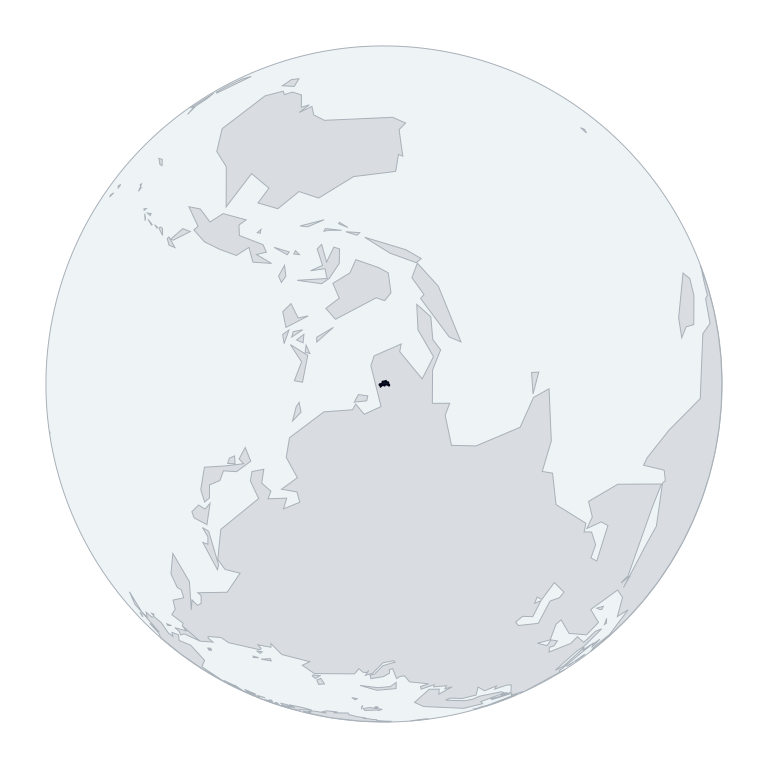 Saravan on an orthographic globe, rotated 194°
{"feature_id": "LAO-3281", "entity_name": "Saravan", "entity_type": "Province", "adm_level": 1, "iso_a3": "LAO", "parent_name": "Laos", "parent_adm1": "", "projection": "orthographic", "projection_center": [106.351, 15.91], "detail": "fine", "context": "on_globe", "style": "filled", "palette": "ink", "viewbox_px": 768, "rotation_deg": 194, "n_neighbors": 0, "source": "natural_earth", "source_scale": "10m", "svg_char_len": 11959}
<svg xmlns="http://www.w3.org/2000/svg" viewBox="0 0 768 768"><g transform="rotate(194 384 384)"><circle cx="384" cy="384" r="338" fill="#eef3f6" stroke="#a8b0b8"/><path d="M695.6,499.0L695.0,501.2L694.8,501.6L695.6,499.0ZM539.7,84.1L541.6,87.3L553.5,95.2L542.2,89.0L572.2,109.9L580.7,120.8L564.2,104.6L557.3,100.2L559.6,105.0L553.0,101.7L550.3,102.5L542.1,98.4L533.2,90.4L527.8,88.0L529.7,91.7L522.8,90.9L520.7,85.6L508.4,83.8L491.2,72.4L492.3,65.6L475.9,59.7L466.0,56.2L491.3,63.6L515.9,72.9L539.7,84.1ZM697.3,257.6L697.1,256.8L697.2,257.2L697.3,257.6ZM696.7,256.6L696.5,256.2L696.0,254.7L696.7,256.6ZM563.5,102.3L561.5,99.7L565.7,103.5L563.5,102.3ZM551.4,103.4L554.0,105.3L551.5,105.0L551.4,103.4ZM536.7,98.8L531.8,98.2L535.3,97.3L536.7,98.8ZM527.9,97.0L516.2,96.6L521.1,100.5L500.4,90.0L517.3,93.2L520.7,91.3L522.8,94.4L527.9,97.0ZM463.4,55.5L464.0,55.7L455.1,53.7L460.6,55.3L448.3,52.8L442.6,51.4L444.3,51.5L438.3,50.7L437.7,50.4L463.4,55.5ZM490.8,84.8L486.6,83.9L489.3,83.4L490.8,84.8ZM431.5,49.4L432.1,49.6L422.0,48.3L424.8,48.6L425.0,48.6L431.5,49.4ZM468.0,57.2L467.2,57.5L457.0,55.5L455.4,55.5L448.1,52.8L468.0,57.2ZM421.7,48.2L421.8,48.2L416.9,47.7L411.3,47.2L414.1,47.4L421.7,48.2ZM436.7,50.3L436.8,50.4L433.4,49.8L436.7,50.3ZM415.5,47.7L417.4,47.9L418.6,48.1L414.3,47.8L415.5,47.7ZM441.5,51.9L437.4,51.2L443.9,52.8L436.6,51.9L433.1,50.5L431.5,50.7L429.3,50.5L429.0,49.7L441.5,51.9ZM413.5,48.2L406.5,47.0L394.9,46.4L393.5,46.3L412.4,47.4L413.5,48.2ZM422.6,49.1L416.6,48.4L417.9,48.2L422.8,48.6L422.6,49.1ZM432.9,51.9L445.0,53.7L445.4,54.0L432.9,51.9ZM409.8,48.0L411.6,48.3L408.8,47.9L409.8,48.0ZM425.5,50.6L429.8,51.0L430.0,51.3L425.5,50.6ZM411.5,48.9L409.3,48.4L412.5,48.4L411.5,48.9ZM417.7,49.7L417.1,50.1L415.1,48.8L419.6,49.8L417.7,49.7ZM425.1,50.8L426.6,51.2L423.3,50.6L425.1,50.8ZM400.5,49.5L397.2,47.9L404.4,47.8L406.6,49.2L400.5,49.5ZM118.5,174.9L117.3,178.1L114.9,182.1L104.7,195.2L92.5,224.0L101.3,214.8L100.9,234.6L107.5,240.6L128.9,215.2L118.2,204.5L126.9,189.6L144.1,186.8L155.1,198.0L158.9,192.7L160.9,175.9L172.5,169.6L162.6,169.6L159.9,176.1L153.6,176.7L155.7,171.0L159.8,168.6L159.0,163.8L140.0,177.5L135.2,185.6L127.7,181.7L118.9,195.3L113.6,199.1L126.5,177.8L132.2,171.6L148.5,147.7L141.8,153.5L126.0,177.0L126.8,173.8L117.7,183.7L125.4,173.7L144.5,148.2L143.7,146.5L139.2,151.0L172.9,120.2L171.6,121.2L176.8,117.1L174.8,119.2L185.2,112.9L185.2,114.8L202.2,104.3L204.5,104.2L193.8,110.1L186.3,115.9L187.7,122.8L191.8,121.7L202.8,114.7L201.8,118.2L212.2,110.7L219.4,112.7L219.4,104.5L232.2,97.7L243.6,95.3L247.8,92.1L229.3,96.2L222.0,99.4L215.6,104.3L195.6,113.8L192.3,113.5L213.3,99.2L210.9,97.7L228.3,88.6L267.6,80.6L277.3,82.5L266.3,98.7L256.6,101.3L255.7,96.3L244.6,106.7L251.2,103.0L250.4,106.4L262.5,102.1L262.5,104.4L274.1,96.9L275.4,99.3L268.1,103.9L287.1,101.2L293.4,105.7L297.7,104.2L300.5,101.2L306.7,109.8L309.6,108.3L308.7,104.8L313.9,99.9L325.5,94.9L327.0,98.1L323.0,100.3L316.8,110.5L306.0,116.8L307.8,117.8L317.6,113.2L325.0,100.6L331.6,96.8L329.4,102.4L330.7,100.0L334.5,99.2L339.5,101.7L342.5,95.6L381.5,86.2L395.2,91.3L388.9,96.6L417.7,96.8L430.9,104.8L430.0,101.2L443.2,100.4L439.3,97.7L439.9,96.1L472.0,95.4L480.7,98.6L493.6,96.4L493.2,94.9L487.5,92.2L500.4,90.0L521.1,100.5L521.1,103.3L534.1,108.9L532.1,114.9L536.4,123.3L526.6,128.1L530.9,135.2L535.5,136.7L544.8,148.3L547.9,168.5L525.0,145.1L516.3,118.2L518.0,128.0L511.6,124.1L508.4,126.8L510.2,134.5L514.2,136.4L485.8,144.0L477.9,165.6L493.3,165.6L502.8,173.5L507.2,203.4L477.9,242.6L490.2,257.6L490.9,267.1L480.0,272.2L478.7,258.3L467.8,252.6L468.7,244.6L450.8,249.7L451.3,238.5L437.1,248.9L442.3,258.2L458.0,257.1L445.4,272.1L461.1,289.2L462.7,309.0L435.6,342.4L408.3,351.4L406.6,357.7L395.9,349.8L381.4,361.4L401.1,398.5L400.4,408.9L377.0,427.0L376.6,419.2L348.2,398.2L342.6,422.5L364.1,444.8L371.5,469.2L354.8,460.5L347.4,438.9L337.3,430.8L340.3,409.5L332.4,376.9L315.6,381.2L317.1,368.5L303.7,340.8L279.7,346.2L241.4,375.0L235.7,407.1L222.7,419.3L207.9,369.3L209.3,337.4L198.9,338.3L187.9,308.6L154.4,297.7L154.1,288.9L146.8,290.6L139.8,279.3L141.1,265.3L134.7,263.7L132.5,300.8L139.8,302.8L152.2,292.9L149.7,305.4L157.1,319.6L132.9,343.3L90.5,354.1L93.9,329.5L100.8,256.8L104.9,250.4L105.2,249.6L105.8,248.2L98.6,258.0L102.4,244.5L90.6,292.4L85.3,311.9L89.8,355.3L87.6,358.2L91.3,368.2L112.5,368.0L110.9,375.8L96.3,408.2L73.6,446.3L81.0,481.9L86.8,510.0L82.3,521.6L92.6,544.5L91.7,548.4L98.2,560.7L103.0,570.8L106.0,576.0L93.1,555.9L81.7,535.0L71.8,513.3L63.4,490.9L56.7,468.0L51.6,444.7L48.1,421.1L46.3,397.3L46.2,373.4L47.8,349.6L51.1,326.0L56.0,302.6L62.6,279.7L70.7,257.3L80.5,235.5L91.7,214.4L104.4,194.2L118.5,174.9ZM159.0,225.6L170.7,232.5L178.8,213.1L183.9,214.4L184.8,207.7L179.3,211.7L183.4,194.2L193.3,192.1L198.7,184.7L195.0,182.2L176.4,189.1L170.3,213.6L162.0,219.1L159.0,225.6ZM207.2,96.0L207.4,95.9L202.3,99.1L196.7,102.7L207.2,96.0ZM184.9,111.0L185.7,110.4L189.8,107.5L190.9,106.7L196.5,103.1L217.3,90.4L218.1,90.5L214.1,92.4L212.5,93.8L205.7,97.4L186.1,111.2L179.8,115.5L182.3,112.8L184.9,111.0ZM276.7,63.6L268.1,67.1L260.9,69.7L260.5,69.5L276.7,63.6ZM406.7,46.8L403.9,46.7L406.7,46.8ZM353.8,47.4L362.0,47.0L376.7,46.4L381.0,46.5L375.1,46.8L383.6,46.9L375.4,47.7L378.3,48.0L373.2,49.7L360.1,50.7L364.4,51.1L360.7,53.0L349.9,54.5L353.5,52.7L339.1,56.1L337.6,54.4L336.0,54.9L330.7,54.6L321.5,55.5L322.4,54.6L318.5,55.4L314.9,55.6L309.7,56.5L309.6,55.6L303.3,56.9L306.8,55.9L296.0,58.4L303.9,56.2L300.0,56.9L294.4,58.7L298.7,57.0L326.1,51.1L353.8,47.4ZM398.7,49.8L383.4,50.4L375.1,50.1L387.6,47.5L386.0,47.1L393.7,46.5L405.6,47.2L402.3,47.2L401.9,47.5L398.3,47.1L400.8,47.6L396.4,47.8L397.1,48.5L392.0,48.3L398.7,49.8ZM118.8,178.6L118.1,180.4L118.6,181.8L112.8,188.5L118.8,178.6ZM131.4,161.0L131.8,161.2L123.8,170.4L124.5,168.8L131.4,161.0ZM138.7,154.1L132.4,160.6L136.2,156.2L138.7,154.1ZM194.8,110.3L196.0,110.6L193.5,112.5L189.8,114.5L194.8,110.3ZM306.9,67.9L310.2,66.0L312.2,65.9L323.6,62.6L325.6,64.1L319.5,66.6L306.9,67.9ZM123.3,218.0L117.4,221.4L118.1,217.9L120.0,217.4L123.3,218.0ZM111.9,204.0L111.3,210.5L110.3,205.7L111.9,204.0ZM311.0,68.9L315.4,67.3L313.7,69.1L311.0,68.9ZM327.7,65.1L326.7,67.0L327.2,63.9L327.7,65.1ZM248.3,676.5L255.3,680.3L250.8,679.5L248.3,676.5ZM114.1,519.5L120.7,564.0L112.8,560.3L104.7,544.9L97.8,516.6L104.7,512.5L106.3,500.9L114.1,519.5ZM456.8,527.1L466.9,528.6L466.5,530.1L456.8,527.1ZM446.2,521.8L457.9,522.5L444.2,525.0L446.2,521.8ZM462.4,522.8L474.2,520.0L479.3,517.7L478.4,520.7L462.4,522.8ZM438.3,521.7L395.3,519.6L378.2,514.7L382.2,509.5L409.8,512.4L438.3,521.7ZM380.9,509.3L354.9,492.0L319.5,443.5L332.1,445.4L369.2,475.9L366.8,480.5L382.6,493.9L380.9,509.3ZM443.9,483.6L441.4,497.8L417.6,495.7L406.8,492.9L399.3,474.2L403.5,465.0L412.4,465.8L446.7,435.1L458.7,443.3L448.2,456.5L458.0,469.3L443.9,483.6ZM237.0,410.4L243.6,430.9L236.7,433.0L237.0,410.4ZM460.6,413.1L446.8,426.7L459.4,408.4L460.6,413.1ZM468.1,395.6L469.0,402.8L463.3,395.7L468.1,395.6ZM406.3,367.5L396.9,368.6L396.7,363.5L408.5,359.2L406.3,367.5ZM463.8,326.0L463.7,340.7L461.9,345.6L457.7,336.6L463.8,326.0ZM334.3,85.7L316.2,87.9L304.5,92.0L300.0,97.4L298.6,91.4L316.7,85.1L334.3,85.7ZM375.5,85.5L379.4,81.7L382.9,83.4L382.5,84.5L375.5,85.5ZM374.2,83.1L369.2,78.6L374.7,76.7L377.6,80.5L374.2,83.1ZM339.4,71.9L333.9,72.3L335.4,70.6L339.4,71.9ZM616.7,625.8L617.5,626.5L607.9,635.5L595.8,645.4L587.1,650.4L616.7,625.8ZM540.4,659.6L543.1,651.0L554.8,648.8L547.4,657.0L540.4,659.6ZM624.8,618.1L633.6,608.5L639.8,598.1L635.2,607.0L638.5,605.2L619.4,625.1L624.8,618.1ZM505.7,625.4L440.0,644.9L426.2,642.4L430.9,634.5L420.9,609.6L425.5,610.2L424.1,593.1L463.7,577.9L492.4,548.6L513.0,550.2L529.4,528.4L550.1,529.2L543.0,546.2L563.4,556.1L580.0,517.7L589.6,556.7L602.5,569.1L602.8,592.6L569.2,634.7L552.6,643.8L550.7,640.7L543.4,645.1L534.0,644.5L531.2,632.5L524.0,636.8L532.1,626.9L521.1,635.9L517.3,628.1L505.7,625.4ZM652.2,542.2L654.4,542.7L657.1,548.5L653.5,548.2L652.2,542.2ZM689.5,509.4L689.7,512.1L687.6,513.9L689.5,509.4ZM694.8,501.6L692.4,504.1L695.6,499.0L694.8,501.6ZM667.9,516.4L668.8,518.5L667.7,519.6L667.9,516.4ZM667.0,515.8L668.9,511.5L668.2,515.5L667.0,515.8ZM657.0,496.7L658.7,494.4L659.3,495.9L657.0,496.7ZM481.8,528.9L496.1,518.0L503.7,517.0L481.8,528.9ZM655.0,492.7L651.1,493.0L651.6,490.8L655.0,492.7ZM655.6,487.6L655.3,484.6L657.4,491.4L655.6,487.6ZM648.1,482.0L652.9,486.7L647.5,482.7L648.1,482.0ZM645.1,483.1L641.6,481.2L641.9,480.3L645.1,483.1ZM602.5,491.9L616.2,508.8L604.7,509.4L592.0,499.1L581.3,510.4L557.5,509.9L563.2,503.1L560.2,493.1L535.1,489.9L530.0,483.4L539.1,478.8L522.3,473.8L540.7,470.5L548.1,483.9L558.4,473.0L575.9,474.9L592.6,478.5L605.8,487.6L602.5,491.9ZM540.5,500.3L543.6,500.2L540.8,504.3L540.5,500.3ZM634.8,474.6L639.9,480.6L639.2,482.3L636.7,481.6L634.8,474.6ZM608.8,485.1L623.1,472.7L626.3,472.6L616.8,486.1L608.8,485.1ZM619.8,465.8L626.2,466.7L629.5,472.7L628.2,474.6L619.8,465.8ZM503.0,488.3L502.2,492.0L497.4,489.1L503.0,488.3ZM509.3,486.0L523.7,490.0L507.9,489.2L509.3,486.0ZM464.8,472.6L469.1,481.6L482.7,476.1L472.3,484.2L481.5,498.9L478.3,504.4L469.2,488.4L465.8,504.7L459.8,504.3L456.6,490.2L462.7,473.2L468.8,466.2L493.4,463.6L464.8,472.6ZM509.2,475.1L505.3,464.7L508.2,457.7L512.4,463.2L509.2,475.1ZM493.7,439.5L483.3,427.3L474.0,431.8L492.8,415.2L499.7,429.6L493.7,439.5ZM484.7,412.9L476.0,416.9L484.9,407.2L484.7,412.9ZM473.7,412.8L472.5,404.4L479.5,405.6L473.7,412.8ZM489.3,413.3L490.7,399.0L494.3,407.5L489.3,413.3ZM469.3,385.5L484.4,399.6L464.9,393.3L463.5,366.0L471.8,365.5L469.3,385.5ZM511.6,278.1L509.2,270.6L516.5,269.1L516.1,274.6L511.6,278.1ZM538.1,259.8L517.7,266.3L500.9,272.7L506.5,276.2L503.3,288.8L494.6,276.8L505.8,263.3L518.7,260.9L519.9,250.6L528.9,243.9L525.8,231.3L529.5,226.1L536.2,237.1L538.1,259.8ZM523.9,226.1L521.8,204.7L535.9,208.2L539.5,213.6L534.6,221.7L527.4,219.3L523.9,226.1ZM525.4,200.8L518.5,198.7L500.8,168.6L500.6,163.4L521.5,186.5L516.1,185.9L517.9,193.2L525.4,200.8ZM488.3,85.6L486.8,84.1L490.5,85.6L488.3,85.6ZM437.4,94.7L438.8,92.7L443.1,94.2L437.4,94.7ZM445.1,88.4L439.3,88.1L444.8,87.0L445.1,88.4ZM426.5,88.0L436.7,87.3L427.8,90.0L426.5,88.0Z" fill="#d9dde1" stroke="#a8b0b8" stroke-width="1"/><path d="M379.0,384.9L378.9,384.8L378.7,384.7L378.4,384.1L378.4,383.9L378.4,383.7L378.5,383.6L378.7,383.4L379.2,383.5L379.5,383.6L379.9,383.7L380.2,383.9L380.3,383.9L380.4,384.0L380.5,384.0L380.8,384.1L381.1,384.1L381.3,384.2L381.7,384.0L381.9,383.7L382.1,383.7L382.2,383.8L382.4,383.8L382.7,383.6L382.8,383.5L382.8,383.4L382.7,383.2L382.7,382.9L382.7,382.6L382.8,382.5L382.9,382.4L383.1,382.4L383.3,382.4L383.4,382.5L383.5,382.6L383.7,382.9L383.8,382.8L383.8,382.6L384.2,382.7L384.3,382.6L384.5,382.6L384.9,382.4L385.0,382.4L385.3,382.4L385.6,382.3L385.7,382.2L385.6,381.9L385.8,381.6L386.0,381.6L386.4,381.4L386.5,381.3L386.5,381.1L386.4,381.0L386.3,380.9L386.5,380.7L386.7,380.3L386.8,380.3L386.9,380.5L386.9,380.9L386.9,381.0L387.0,381.0L387.2,381.3L387.3,381.4L387.4,381.5L387.5,381.7L387.8,381.7L388.0,381.7L388.2,381.8L388.3,381.9L388.3,382.0L388.4,382.3L388.4,382.5L388.2,382.7L388.1,382.8L388.1,383.0L387.9,383.1L387.7,383.2L387.4,383.2L387.3,383.3L387.1,383.3L386.9,383.3L386.8,383.2L386.6,383.2L386.6,383.3L386.5,383.5L386.4,383.8L386.2,384.1L386.0,384.4L385.8,384.7L385.7,384.8L385.9,385.0L386.0,385.1L385.9,385.2L385.8,385.3L385.9,385.5L386.0,385.7L385.9,385.7L385.9,385.8L385.9,386.1L385.6,386.1L385.4,386.2L385.0,386.2L384.8,386.2L384.6,386.2L384.6,386.4L384.5,386.5L384.3,386.4L384.2,386.4L383.9,386.4L383.8,386.5L383.7,386.6L383.8,386.9L384.1,387.0L383.9,387.1L383.7,387.1L383.4,387.2L383.2,387.5L382.9,387.7L382.4,387.2L382.5,387.1L382.6,386.9L382.4,386.7L382.2,386.7L381.9,386.7L381.6,386.7L381.4,386.8L381.1,386.8L381.0,386.7L380.9,386.8L380.7,386.8L380.7,386.7L380.3,386.8L380.2,386.7L379.9,386.7L379.8,386.8L379.7,386.8L379.8,386.8L379.8,386.7L379.8,386.4L380.0,385.9L380.0,385.6L380.0,385.3L379.8,385.1L379.6,384.9L379.3,384.9L379.2,384.8L379.0,384.9Z" fill="#0f172a" stroke="#020617" stroke-width="1.5"/></g></svg>